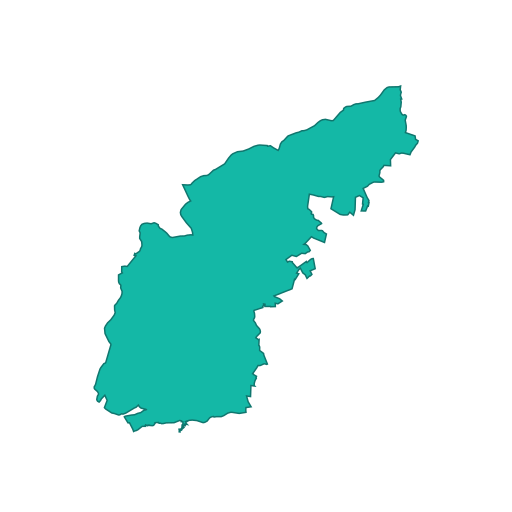 outline of San Juan De Betulia, Sucre, Colombia, rotated 14°
{"feature_id": "7082276B36673753762663", "entity_name": "San Juan De Betulia", "entity_type": "district", "adm_level": 2, "iso_a3": "COL", "parent_name": "Colombia", "parent_adm1": "Sucre", "projection": "albers", "projection_center": [-75.202, 9.3], "detail": "fine", "context": "isolated", "style": "filled", "palette": "teal", "viewbox_px": 512, "rotation_deg": 14, "n_neighbors": 0, "source": "geoboundaries", "source_scale": "gbopen_adm2", "svg_char_len": 6130}
<svg xmlns="http://www.w3.org/2000/svg" viewBox="0 0 512 512"><g transform="rotate(14 256 256)"><path d="M253.6,422.0L254.2,422.4L256.6,421.4L261.1,420.3L263.3,418.7L266.6,415.3L269.2,413.8L270.3,413.5L277.8,412.8L284.1,410.1L283.3,407.8L282.9,405.5L287.7,403.5L283.6,399.3L280.7,394.1L284.7,393.7L282.4,382.9L286.2,382.5L285.5,382.0L285.1,379.8L285.2,377.0L285.9,374.5L285.4,373.8L285.6,372.6L282.8,371.8L281.8,371.1L281.2,371.0L283.7,364.5L284.5,361.7L285.5,361.6L286.8,361.1L289.8,358.7L290.8,358.5L292.6,358.6L293.2,358.1L287.6,350.3L286.9,348.7L282.4,346.8L281.6,343.4L280.5,341.9L280.3,341.9L279.2,336.2L278.7,336.6L275.6,335.4L276.0,334.1L278.7,329.5L278.5,328.1L277.7,326.6L277.0,325.8L273.2,323.2L271.6,321.1L269.2,319.2L269.0,317.8L269.5,316.3L269.4,315.0L268.4,312.0L267.2,310.0L267.3,309.2L275.1,304.3L274.6,303.2L275.5,302.4L274.9,300.7L276.4,300.6L276.9,302.8L282.3,301.4L282.5,301.7L287.0,300.4L286.1,297.2L288.8,297.1L292.4,293.3L289.3,291.8L284.0,291.0L283.1,290.4L298.9,279.1L299.0,269.2L299.7,269.4L301.8,262.9L299.5,262.8L300.8,258.9L302.0,257.1L305.5,261.1L308.3,262.3L310.9,265.4L312.9,262.3L313.6,262.2L314.7,260.3L312.1,257.3L316.5,254.0L312.2,244.6L311.1,245.0L309.8,246.1L307.1,250.1L306.5,250.0L306.1,249.2L299.1,257.4L298.7,257.2L298.5,257.5L292.9,253.6L292.6,252.8L289.5,253.0L288.1,254.3L285.9,252.2L290.6,246.6L295.3,246.7L299.6,242.3L303.2,241.8L305.1,239.6L306.5,239.0L307.3,237.4L303.8,233.7L301.9,232.8L299.7,233.1L300.8,231.6L305.1,223.9L307.8,224.7L319.2,226.3L319.0,217.6L316.3,216.8L314.3,215.4L313.2,215.4L310.4,216.2L308.2,214.9L308.0,213.2L308.7,211.6L311.8,208.7L311.4,208.2L307.8,206.4L306.3,206.6L303.6,205.7L302.4,204.4L302.2,203.2L301.5,202.1L301.1,201.8L299.8,202.0L299.5,201.8L299.2,201.3L299.4,199.9L299.2,199.6L296.4,198.0L294.8,197.6L294.0,195.2L292.8,183.1L296.7,182.9L302.1,183.1L304.4,182.6L308.2,182.6L311.1,181.0L315.7,180.2L317.0,179.7L317.3,192.0L327.6,195.3L330.7,195.1L334.5,194.1L335.1,193.7L336.4,190.8L340.7,192.9L340.9,187.1L338.3,175.0L341.7,172.3L345.9,173.6L346.8,179.8L347.6,179.9L347.2,186.8L351.5,185.8L352.2,180.4L352.9,180.5L352.7,176.8L352.2,176.9L352.1,174.8L349.7,172.4L343.6,164.5L347.3,161.3L348.5,159.1L352.0,156.0L353.2,155.5L360.1,154.0L361.9,153.1L361.5,151.7L356.9,149.5L356.2,148.9L356.0,148.4L356.0,145.2L355.5,143.1L355.9,142.0L357.9,138.5L358.2,137.1L364.8,135.9L363.1,129.9L366.4,122.2L370.2,122.2L372.3,120.9L374.3,120.6L380.9,120.5L381.3,117.5L383.6,112.0L384.1,110.0L385.4,107.5L385.5,105.0L382.6,104.2L381.3,101.0L371.1,100.1L371.2,97.7L370.7,95.0L370.2,93.2L367.9,88.1L368.2,84.6L368.1,83.9L367.1,83.1L366.1,82.9L364.8,83.7L363.6,83.4L361.5,81.4L360.8,80.3L360.2,78.2L360.4,76.2L359.7,71.6L358.4,68.8L359.4,68.4L357.4,65.5L357.2,64.1L357.3,61.9L355.7,59.8L355.2,56.1L353.4,57.3L344.2,59.8L342.5,60.8L340.3,63.7L337.8,69.9L336.3,72.6L333.5,76.4L324.9,80.3L318.3,83.6L316.2,84.2L314.2,85.5L311.9,87.7L308.0,88.9L306.9,89.7L305.5,91.4L305.4,92.1L305.6,93.3L303.1,96.2L298.2,105.9L296.4,106.5L290.3,106.6L287.4,107.8L285.6,109.3L283.8,111.5L281.3,115.4L274.7,121.4L272.2,122.8L270.2,123.4L267.8,125.4L265.1,126.8L258.5,131.4L257.8,132.1L255.1,137.1L253.5,138.9L253.1,140.0L252.6,141.5L252.5,146.1L251.9,148.2L246.8,146.8L243.3,145.5L240.7,146.7L240.2,146.1L232.9,147.4L231.2,148.0L227.5,150.1L223.1,153.9L218.1,157.3L212.8,159.3L208.8,162.4L207.5,164.0L205.7,167.7L203.3,174.2L195.8,181.8L194.0,183.0L190.8,188.0L189.8,189.1L188.5,189.9L186.0,190.6L183.1,192.4L178.3,197.6L176.3,200.8L175.9,201.9L175.1,202.8L172.7,203.6L167.6,204.6L175.5,214.4L178.0,217.3L179.3,218.4L177.0,220.4L175.1,222.8L172.4,228.5L172.1,229.3L172.1,232.0L173.0,234.1L174.4,235.6L180.4,240.6L186.5,244.8L188.6,248.2L189.6,250.9L187.6,251.2L184.3,252.4L181.7,253.9L177.7,255.0L170.4,258.3L168.2,258.3L167.0,257.7L164.0,255.5L162.3,254.6L158.2,252.7L156.2,252.4L154.0,250.6L153.6,249.3L150.7,248.5L149.1,248.4L146.4,250.1L142.4,250.4L139.7,251.4L137.7,252.8L136.8,254.7L136.5,256.7L136.6,259.9L137.8,261.3L138.1,262.1L138.5,265.4L138.9,267.1L141.6,269.7L142.8,273.2L142.8,274.8L142.2,276.8L142.2,278.6L141.8,279.7L138.8,283.1L137.8,282.8L137.6,284.8L139.4,284.9L133.6,297.3L131.1,297.6L128.3,298.8L129.5,303.9L130.4,304.7L127.2,307.6L128.5,312.9L129.0,314.4L130.1,315.9L131.6,316.7L132.1,317.6L132.3,319.3L132.7,320.1L134.7,322.8L135.1,325.1L134.9,327.8L134.4,329.7L133.3,332.1L132.3,335.6L131.0,337.8L130.8,338.6L131.9,342.6L133.1,345.0L132.7,347.7L130.5,353.1L128.2,356.7L126.9,360.3L126.5,362.7L128.3,367.8L134.0,374.6L136.4,376.5L136.7,377.3L136.0,395.1L135.9,396.1L134.4,397.3L132.5,401.7L132.0,403.4L131.4,411.3L131.4,419.1L131.1,420.9L130.7,421.7L130.9,423.2L131.6,424.1L135.0,425.9L136.3,427.2L136.6,428.5L136.0,430.4L136.2,433.7L136.6,434.4L137.4,435.2L139.1,435.7L140.1,433.9L140.5,432.1L143.0,427.7L146.5,432.1L145.6,439.8L147.1,440.8L154.0,443.2L156.7,443.1L161.1,443.5L162.2,443.1L163.8,441.6L165.2,441.6L167.8,439.8L174.6,433.0L176.3,431.7L177.9,429.1L179.2,430.4L181.2,431.4L186.4,431.4L186.7,431.6L186.5,431.8L184.6,432.8L182.0,435.9L179.3,437.3L176.6,439.4L173.3,440.6L168.7,442.7L167.8,443.1L167.1,443.9L172.2,448.9L173.6,448.4L178.3,453.8L179.7,455.9L180.8,454.9L181.7,454.6L183.4,453.2L186.8,448.8L189.9,448.0L189.5,447.3L189.8,446.5L190.7,446.9L191.5,446.5L191.8,446.9L192.7,446.4L192.8,446.0L193.5,445.9L193.5,446.2L196.5,445.7L197.6,445.1L198.6,442.7L198.3,442.4L199.2,441.8L200.7,441.4L201.5,441.5L201.6,441.2L202.6,441.7L203.8,441.3L204.9,441.5L206.4,441.1L209.3,439.6L216.8,437.6L221.8,434.0L223.6,434.0L223.6,434.8L225.2,434.6L225.7,436.4L225.6,437.2L225.2,437.6L225.3,438.7L225.8,438.6L225.5,441.1L225.9,441.2L225.4,441.9L223.2,442.7L223.6,443.5L224.2,443.3L224.3,443.6L224.5,444.5L223.9,444.6L224.0,445.2L224.8,445.1L224.6,444.6L225.0,442.8L225.9,443.0L226.2,441.7L227.5,439.9L226.7,439.7L227.2,437.9L228.2,438.0L228.3,437.6L227.8,437.5L228.3,437.0L227.4,436.5L228.5,436.0L229.8,436.0L228.7,435.3L228.1,434.3L229.3,433.1L229.0,433.1L228.4,433.9L227.8,433.7L228.5,433.1L231.0,431.6L233.9,430.6L238.5,430.0L245.0,430.5L246.5,429.8L248.5,428.0L250.2,424.2L251.9,422.7L253.6,422.0Z" fill="#14b8a6" stroke="#0f766e" stroke-width="1.5"/></g></svg>